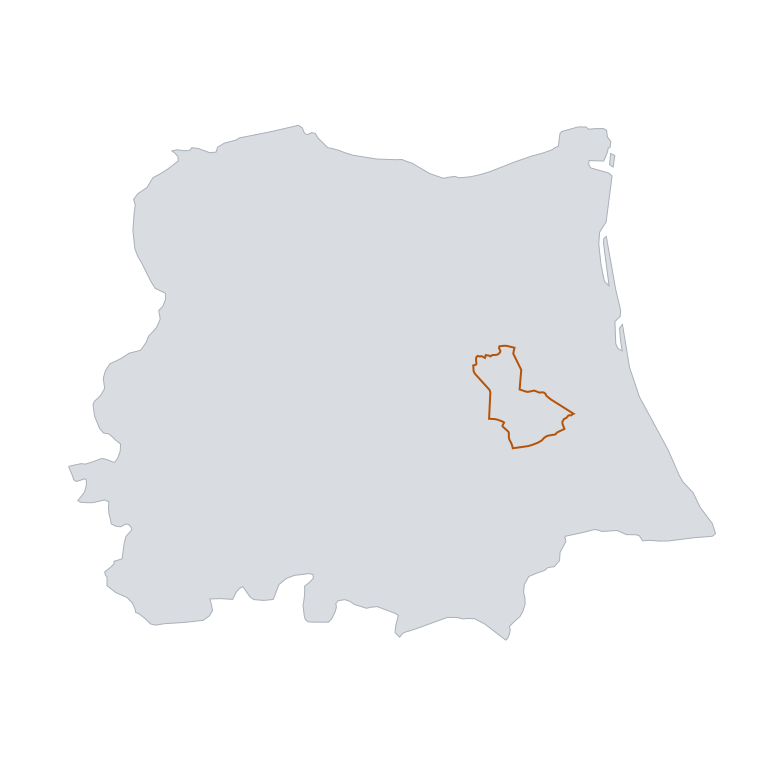 location of Fromager within Ivory Coast, rotated 266°
{"feature_id": "CIV-3445", "entity_name": "Fromager", "entity_type": "Region", "adm_level": 1, "iso_a3": "CIV", "parent_name": "Ivory Coast", "parent_adm1": "", "projection": "natural_earth1", "projection_center": [-5.843, 6.159], "detail": "fine", "context": "in_parent", "style": "outline", "palette": "amber", "viewbox_px": 768, "rotation_deg": 266, "n_neighbors": 0, "source": "natural_earth", "source_scale": "10m", "svg_char_len": 5108}
<svg xmlns="http://www.w3.org/2000/svg" viewBox="0 0 768 768"><g transform="rotate(266 384 384)"><path d="M173.6,120.2L176.2,120.1L182.8,117.9L188.9,112.8L194.5,102.1L202.1,93.6L210.7,94.2L213.2,92.6L216.2,92.3L219.8,97.9L223.4,102.2L226.0,102.3L227.8,110.5L243.5,113.8L250.2,116.1L255.8,122.0L257.7,122.1L260.1,120.9L262.0,118.8L262.3,116.6L259.9,111.2L261.0,106.4L263.5,102.1L267.5,101.8L273.6,100.6L280.6,100.6L285.7,101.4L287.8,97.1L285.9,85.0L286.4,78.4L287.2,72.8L289.1,70.5L296.9,77.6L303.9,80.1L309.0,80.3L310.4,79.0L308.3,71.3L308.8,69.0L310.7,67.6L314.1,66.9L323.1,63.7L324.0,64.3L325.7,76.4L324.9,80.4L326.8,88.6L329.2,96.3L329.0,99.4L327.1,104.1L324.8,108.5L325.0,110.2L328.6,113.2L335.5,116.2L342.6,117.0L346.6,112.5L350.7,108.9L353.6,105.6L354.6,100.9L359.1,97.4L372.0,93.0L383.9,92.3L386.8,93.7L392.2,100.4L399.0,105.0L409.4,104.4L416.9,107.1L423.4,112.2L427.8,123.6L432.5,131.9L434.6,143.6L442.2,149.7L448.1,152.5L456.1,161.0L464.4,165.3L473.0,164.4L477.0,168.8L483.4,171.9L489.8,172.2L495.4,162.4L502.8,158.5L521.6,150.7L529.0,147.1L536.6,144.9L554.7,144.2L571.5,146.6L579.9,148.4L585.6,147.1L591.0,151.7L596.7,161.5L601.3,164.6L606.0,168.0L609.4,175.7L613.5,183.3L615.8,186.7L620.8,194.3L625.2,194.4L629.4,191.1L631.3,188.7L632.1,193.7L630.5,201.8L630.8,206.8L633.2,208.7L631.9,215.1L627.0,226.1L627.0,232.6L631.9,234.6L635.4,241.5L637.6,253.2L639.7,257.2L639.9,259.6L643.5,288.1L648.0,316.7L645.2,320.4L641.4,321.5L638.9,322.8L638.2,325.5L639.8,329.4L638.7,332.9L633.9,335.4L623.5,344.5L622.8,348.1L620.0,355.8L617.7,360.5L614.3,369.3L608.9,392.5L606.9,411.7L606.7,417.6L604.6,421.7L602.2,427.6L590.8,444.1L585.1,457.5L585.8,463.4L586.1,469.2L584.4,473.5L584.7,484.8L586.1,494.3L588.2,503.6L596.4,530.0L600.8,546.0L603.4,559.0L605.8,567.6L608.0,571.2L608.9,574.5L621.2,576.9L623.5,578.8L626.9,595.7L626.3,603.3L623.9,606.1L624.0,612.6L623.5,620.6L621.7,623.7L614.8,624.1L610.2,627.2L604.1,626.0L603.5,624.0L600.2,623.3L591.1,618.7L592.6,604.1L588.4,603.5L585.1,605.4L578.7,623.0L575.6,626.0L530.2,616.9L520.4,609.7L508.6,608.0L488.0,608.8L471.1,611.0L466.2,615.4L509.0,612.8L513.6,613.3L515.8,616.0L461.6,621.8L441.0,625.2L434.9,624.3L430.2,618.7L407.8,618.0L403.2,619.8L400.4,624.0L409.2,623.1L423.2,622.8L426.9,626.0L383.3,630.1L353.1,638.0L340.2,643.9L298.0,663.0L272.3,672.1L265.5,675.4L253.8,684.9L238.8,690.8L221.9,701.8L211.6,704.3L209.2,700.8L209.0,682.1L207.6,657.0L208.1,647.5L209.5,638.5L209.5,631.0L214.7,628.2L216.0,625.1L216.8,615.4L221.6,606.5L221.7,591.1L223.1,587.9L224.2,583.8L222.2,573.7L219.5,554.6L218.2,553.3L217.0,554.2L214.3,554.5L203.8,547.9L195.6,546.8L189.9,541.1L189.5,534.7L186.7,531.0L184.8,523.6L181.9,515.0L173.9,509.9L166.3,508.7L160.9,509.7L154.6,509.4L147.4,506.6L142.4,503.3L137.7,497.1L133.3,492.2L129.8,492.8L125.5,491.6L121.3,489.3L120.0,487.6L137.5,467.8L143.5,458.1L144.2,452.2L144.2,446.2L146.1,440.1L146.7,430.7L137.0,396.8L134.6,386.2L131.9,383.2L130.3,382.0L135.2,377.7L142.0,378.8L152.3,382.2L154.6,378.8L162.4,361.7L162.2,355.3L161.5,350.9L166.1,339.2L169.7,334.6L171.6,329.7L171.0,323.1L168.3,320.6L164.7,321.0L160.3,319.4L153.7,315.6L150.3,312.1L151.4,296.6L152.0,291.8L154.4,289.1L158.0,288.3L168.3,287.8L176.6,289.6L183.9,290.6L187.8,290.6L190.9,295.2L195.1,299.9L198.8,299.9L200.1,296.4L199.3,281.1L196.8,273.0L191.3,265.2L176.8,258.5L176.5,249.2L178.0,239.1L181.1,235.4L191.8,229.0L190.0,225.5L186.5,221.9L179.7,218.1L181.3,206.1L181.7,195.3L175.9,196.5L170.0,197.1L165.0,193.8L160.9,187.3L160.1,169.2L160.2,148.4L159.4,139.2L161.0,134.3L166.1,129.8L171.6,123.9L173.6,120.2ZM598.2,626.2L595.8,630.2L584.4,627.7L587.1,624.3L598.2,626.2Z" fill="#d9dde1" stroke="#a8b0b8" stroke-width="1"/><path d="M390.5,474.3L396.3,474.3L396.4,475.0L396.8,476.9L397.7,477.6L402.5,477.5L404.4,478.1L405.5,479.4L404.7,481.6L405.0,483.2L404.2,484.6L403.0,486.5L404.4,487.1L405.5,487.3L405.8,487.7L405.3,489.2L405.1,490.4L404.9,490.9L404.4,491.5L404.1,492.3L404.5,492.9L405.0,493.4L405.3,494.0L405.2,496.7L405.3,498.6L405.9,500.2L407.4,501.9L408.8,502.4L411.9,501.2L413.6,501.8L413.7,505.3L413.8,505.9L413.6,508.6L411.1,516.7L407.1,515.5L405.2,515.1L388.5,521.9L369.1,518.9L366.7,524.6L366.1,526.8L366.5,530.4L366.9,532.5L366.9,533.5L364.5,538.6L364.7,540.4L364.5,542.3L364.2,543.0L363.7,543.7L362.6,544.6L361.8,544.9L361.1,545.0L357.1,549.2L341.1,571.0L340.8,569.9L340.6,569.5L340.2,569.3L339.8,569.0L339.7,568.3L339.7,567.7L339.9,566.6L339.8,566.1L339.6,565.7L339.3,565.3L337.4,563.5L336.7,561.6L336.4,561.0L334.3,559.6L333.7,559.2L331.6,559.3L326.6,560.9L324.0,554.3L323.6,553.4L323.2,552.8L322.8,552.5L322.1,551.9L321.8,551.3L321.6,550.3L321.1,544.7L321.0,543.9L320.7,543.0L320.0,541.5L319.6,540.7L318.9,539.8L317.8,538.6L317.6,538.4L317.1,537.9L316.5,537.1L314.8,533.6L313.1,528.3L312.0,523.5L310.9,508.0L313.5,507.6L316.7,506.6L319.3,505.4L320.8,505.0L322.0,504.8L326.4,505.1L327.3,504.9L328.1,504.4L333.1,499.6L333.5,499.3L333.9,499.3L334.4,499.4L334.8,499.6L336.4,500.6L337.0,501.1L337.6,500.7L338.3,499.6L340.4,495.0L341.2,492.5L342.0,486.4L368.1,489.5L370.7,488.9L387.9,475.4L390.5,474.3Z" fill="none" stroke="#b45309" stroke-width="2"/></g></svg>